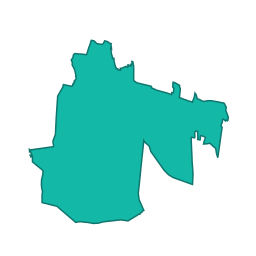 Totolapan, Morelos, Mexico (Natural Earth projection), rotated 172°
{"feature_id": "50627088B61974871985528", "entity_name": "Totolapan", "entity_type": "district", "adm_level": 2, "iso_a3": "MEX", "parent_name": "Mexico", "parent_adm1": "Morelos", "projection": "natural_earth1", "projection_center": [-98.929, 18.996], "detail": "fine", "context": "isolated", "style": "filled", "palette": "teal", "viewbox_px": 256, "rotation_deg": 172, "n_neighbors": 0, "source": "geoboundaries", "source_scale": "gbopen_adm2", "svg_char_len": 5008}
<svg xmlns="http://www.w3.org/2000/svg" viewBox="0 0 256 256"><g transform="rotate(172 128 128)"><path d="M165.7,38.5L159.3,38.4L158.6,38.3L158.4,38.3L158.2,38.3L157.3,38.3L157.1,38.3L156.9,38.3L156.7,38.3L156.3,38.3L154.9,38.2L152.9,38.2L151.2,38.2L148.9,38.0L147.9,38.1L146.7,37.7L144.8,37.2L143.4,36.7L143.0,36.6L140.9,36.0L140.0,36.5L139.6,36.6L130.8,40.4L129.4,41.2L129.1,41.1L128.7,41.1L128.3,41.0L127.8,41.4L127.5,41.9L127.2,42.1L126.8,42.3L126.4,42.5L126.0,42.7L125.8,42.9L125.3,43.6L125.1,43.7L124.9,43.9L124.2,44.0L123.8,44.1L127.0,55.5L127.0,58.2L126.9,61.9L125.9,65.9L121.9,81.9L121.5,83.6L121.2,85.0L118.0,97.9L117.5,99.7L116.7,102.9L116.4,104.1L114.1,113.4L113.1,111.3L109.6,107.2L108.6,101.4L106.6,97.6L98.2,81.3L94.4,76.1L90.1,72.6L72.0,63.1L70.0,73.3L69.1,86.8L69.0,87.5L68.8,89.3L68.6,91.2L68.6,91.3L68.6,91.5L68.5,92.4L68.2,95.4L68.1,97.0L67.6,101.9L66.9,109.1L66.4,109.9L63.4,109.0L62.9,110.4L62.7,113.7L62.0,115.2L61.1,115.5L60.0,115.3L59.6,114.6L59.8,112.9L59.9,111.0L60.0,110.1L60.5,106.9L59.7,106.6L58.3,106.2L58.1,106.7L57.7,108.0L57.4,109.9L56.7,110.4L54.5,109.2L52.6,107.9L53.1,106.6L53.9,105.4L54.2,104.8L55.4,101.6L52.0,101.4L51.1,101.4L50.0,101.5L49.0,101.4L47.9,100.2L47.3,99.4L46.9,98.9L46.3,98.1L44.0,95.6L43.9,90.5L43.5,87.7L43.2,86.1L34.7,115.6L35.7,117.2L35.1,118.3L34.3,119.8L33.8,120.8L33.5,121.9L33.1,123.5L32.8,123.4L32.2,123.2L31.6,122.8L30.5,121.4L29.6,122.3L28.8,121.3L27.9,121.9L27.2,124.9L27.5,126.4L27.9,128.3L28.3,130.2L28.7,131.2L28.5,132.6L28.1,133.8L27.9,135.0L28.0,135.7L28.2,135.9L28.6,136.7L28.8,137.9L29.2,138.9L29.6,139.3L30.0,139.5L30.3,139.7L32.7,140.3L34.7,141.2L35.9,141.5L36.1,141.6L37.6,142.1L38.9,142.5L40.6,143.1L42.0,143.5L43.1,143.7L45.5,143.9L47.3,143.8L47.5,143.8L49.5,143.9L50.6,144.3L52.2,145.5L52.3,145.6L53.4,146.3L54.3,146.8L54.7,147.1L55.5,147.7L55.6,149.5L55.8,150.9L56.0,151.7L56.1,151.8L56.8,153.2L57.1,152.3L57.5,151.4L57.8,149.8L58.6,148.5L59.2,147.2L60.2,145.6L60.6,144.6L62.8,145.8L64.2,146.3L65.6,147.1L66.8,147.7L67.7,148.2L68.5,148.6L70.3,149.6L71.4,150.2L72.9,151.0L72.2,153.4L71.8,155.2L71.4,156.6L71.1,157.7L70.9,159.0L70.7,160.1L71.0,160.6L71.3,161.5L71.0,163.0L71.8,163.4L71.8,163.8L72.9,164.4L73.2,164.7L73.3,164.8L74.1,165.5L75.4,166.4L76.9,167.1L77.4,165.9L77.4,165.1L77.5,164.2L77.8,163.3L78.0,162.6L77.7,161.7L77.1,161.3L77.5,159.1L77.7,158.3L77.8,157.9L78.4,156.4L79.7,157.0L80.3,155.0L81.9,155.9L85.1,157.5L91.7,160.3L93.7,161.1L99.0,164.4L99.1,166.0L101.5,167.0L106.3,168.9L110.5,170.6L111.6,171.0L113.3,171.8L115.6,174.1L115.7,174.8L114.2,185.1L113.9,187.5L113.8,188.1L113.8,188.8L113.8,189.0L114.0,193.0L114.5,193.3L115.0,193.4L114.9,190.8L116.3,190.7L116.3,189.0L118.2,190.0L118.3,190.1L119.2,190.6L119.5,190.3L119.3,189.9L119.3,188.7L119.8,188.3L120.6,188.5L121.0,189.1L121.4,189.3L123.6,188.7L124.2,188.6L124.5,188.5L124.9,188.1L125.2,188.0L126.0,188.1L127.1,188.2L126.9,187.6L127.1,187.1L127.3,186.2L127.9,186.4L127.9,186.9L128.7,186.6L129.4,186.8L129.7,188.0L130.8,188.2L131.4,188.3L131.3,189.2L131.6,189.5L131.6,189.9L131.7,190.4L132.0,190.9L132.1,192.3L132.3,192.9L132.2,193.6L132.3,194.3L132.5,195.3L132.5,195.7L132.4,197.2L132.3,197.6L132.3,199.0L132.8,199.0L133.7,199.0L133.5,199.8L133.6,201.1L134.0,202.8L134.1,209.1L133.9,210.1L133.7,210.1L133.5,209.6L133.3,209.2L133.2,210.7L133.3,211.9L133.3,212.4L133.1,213.5L132.9,213.9L134.4,214.4L135.4,215.7L136.7,216.6L138.8,217.5L138.9,217.0L139.4,217.0L139.6,216.5L140.7,215.0L142.3,214.4L146.9,215.8L147.6,216.4L147.8,216.8L148.5,217.8L149.3,218.7L149.6,219.1L150.1,219.2L151.1,219.5L152.1,220.0L152.2,219.9L153.5,217.1L154.5,215.1L155.4,213.5L158.6,206.8L159.0,206.6L159.2,206.4L161.3,207.1L161.5,207.1L162.4,207.3L162.9,207.4L163.1,207.4L163.4,207.6L165.5,208.0L166.3,208.1L168.4,208.7L170.3,209.1L171.0,208.8L171.7,208.1L171.9,207.7L172.0,207.6L172.6,205.8L172.8,205.4L173.7,204.4L174.6,203.3L174.8,203.0L174.2,201.8L174.2,201.1L174.1,200.0L174.5,198.4L174.2,197.2L173.6,195.9L173.3,194.9L172.6,192.3L172.6,191.3L172.4,189.2L172.3,187.5L172.7,186.3L172.3,185.7L172.6,184.0L172.8,183.6L173.2,183.2L173.5,183.1L174.5,181.9L174.7,182.0L174.8,181.8L174.7,181.6L174.7,181.4L174.6,181.0L174.5,180.9L174.8,180.4L175.1,180.2L175.4,180.1L175.6,180.1L175.8,179.1L176.1,179.0L176.6,179.1L176.7,178.6L177.0,178.1L176.9,177.8L177.3,177.6L177.7,177.1L178.6,177.2L179.4,177.7L182.7,178.8L184.0,179.3L185.9,180.0L186.3,179.1L186.5,178.6L187.2,177.1L191.8,171.2L193.2,169.4L193.4,168.5L193.5,167.9L195.7,157.5L195.8,157.0L196.8,152.2L197.6,148.3L197.9,146.8L200.8,131.6L204.0,125.9L204.3,123.4L204.1,121.4L204.5,119.9L228.2,119.9L228.6,120.4L228.8,118.2L227.9,118.5L227.0,114.8L228.7,114.7L228.5,114.3L228.2,112.9L227.5,113.2L226.6,113.2L227.3,107.7L221.4,101.3L218.1,97.7L218.6,94.6L220.2,90.2L220.9,88.6L221.2,86.2L221.6,84.5L221.8,80.8L221.5,76.6L222.3,74.4L223.5,66.1L209.3,60.4L192.9,41.8L190.2,42.0L188.9,41.9L187.4,41.7L186.1,41.4L184.6,40.9L181.9,40.3L181.0,40.1L175.5,38.3L170.7,37.9L165.7,38.5Z" fill="#14b8a6" stroke="#0f766e" stroke-width="1.5"/></g></svg>